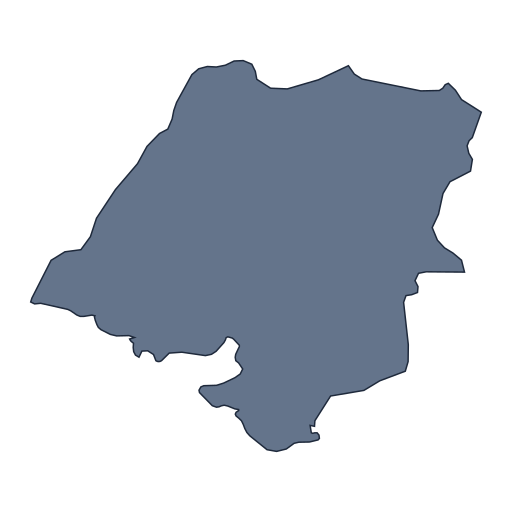 the Voivodeship of Opole
{"feature_id": "POL-3167", "entity_name": "Opole", "entity_type": "Voivodeship", "adm_level": 1, "iso_a3": "POL", "parent_name": "Poland", "parent_adm1": "", "projection": "robinson", "projection_center": [17.773, 50.56], "detail": "fine", "context": "isolated", "style": "filled", "palette": "slate", "viewbox_px": 512, "rotation_deg": 0, "n_neighbors": 0, "source": "natural_earth", "source_scale": "10m", "svg_char_len": 2140}
<svg xmlns="http://www.w3.org/2000/svg" viewBox="0 0 512 512"><path d="M34.6,303.9L30.7,302.0L31.9,298.1L51.1,260.3L64.9,251.8L80.9,249.7L90.4,236.7L96.5,218.2L115.5,189.5L137.5,163.7L147.0,146.4L159.5,133.5L167.8,129.1L172.1,119.1L173.8,110.5L176.6,102.4L191.9,74.6L198.7,68.8L207.3,66.5L216.3,67.0L225.4,65.2L234.1,61.0L243.2,60.6L251.8,64.2L255.3,71.3L256.8,79.3L270.6,88.2L287.3,88.9L318.4,79.8L348.4,65.7L354.3,74.1L362.0,79.0L420.8,90.9L439.3,90.5L442.8,88.2L445.2,84.7L448.3,83.3L455.4,90.2L461.5,99.6L481.3,112.2L472.3,137.6L469.1,140.7L467.1,145.8L468.8,153.3L472.4,159.4L470.5,171.1L450.0,181.7L443.0,193.5L438.5,214.2L432.2,227.6L437.4,240.2L444.4,247.8L452.9,253.0L461.5,260.2L464.5,272.1L426.2,271.8L418.5,273.3L415.0,280.7L418.0,286.6L417.5,292.5L411.7,294.7L406.0,295.6L403.6,302.3L408.3,344.7L408.1,361.6L405.3,371.2L379.8,380.8L363.9,390.4L330.6,396.0L314.9,420.7L314.5,426.2L314.5,426.3L310.1,425.4L311.3,432.8L312.7,433.3L314.8,432.8L317.1,432.8L319.0,435.1L319.4,438.4L318.1,439.9L309.5,442.0L298.9,442.2L294.1,443.3L286.3,449.0L276.6,451.4L267.0,449.7L249.8,435.8L246.9,432.5L244.8,428.5L243.3,424.5L241.5,420.8L238.6,418.0L236.1,416.0L235.3,414.1L236.1,412.3L238.6,410.6L238.7,410.4L238.7,410.1L238.7,409.8L238.6,409.5L234.9,408.9L227.7,406.0L224.2,405.2L221.4,405.8L219.1,406.8L216.5,407.2L212.3,405.7L199.5,392.6L199.0,390.2L200.9,386.9L203.8,385.7L216.6,385.3L223.6,383.1L234.9,377.7L240.2,374.0L242.7,369.0L238.6,362.9L235.8,360.7L235.2,357.3L235.7,354.3L238.6,348.1L239.2,347.1L239.4,346.1L239.3,345.2L238.6,344.5L233.7,339.2L232.3,338.1L227.8,336.8L226.1,337.7L225.4,339.9L223.9,342.6L216.1,351.3L211.5,354.3L205.4,355.6L181.8,352.2L169.2,353.1L161.5,360.7L160.1,361.4L158.7,361.6L157.3,361.4L155.9,360.7L153.5,354.5L147.7,350.8L141.9,351.1L139.0,357.2L135.5,355.1L133.7,351.7L133.2,347.5L133.5,343.2L132.3,342.3L131.2,341.4L130.3,340.3L129.6,339.0L134.4,337.5L129.0,335.6L116.6,335.9L110.3,334.4L101.0,329.7L98.4,327.5L96.9,324.6L95.3,320.4L94.4,316.8L94.9,315.8L91.9,315.1L83.8,316.4L80.2,316.4L76.8,315.0L70.7,310.8L67.8,309.4L40.7,303.3L34.6,303.9Z" fill="#64748b" stroke="#1e293b" stroke-width="1.5"/></svg>